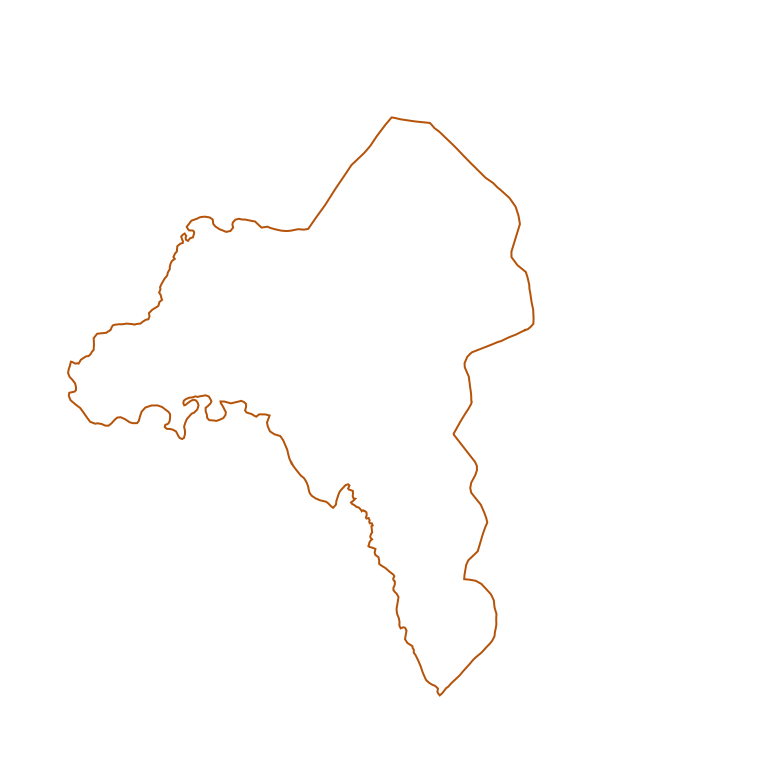 Korogwe Township Authority, Tanga, United Republic of Tanzania (Mercator projection), rotated 132°
{"feature_id": "72390352B41893572728253", "entity_name": "Korogwe Township Authority", "entity_type": "district", "adm_level": 2, "iso_a3": "TZA", "parent_name": "United Republic of Tanzania", "parent_adm1": "Tanga", "projection": "mercator", "projection_center": [38.503, -5.145], "detail": "fine", "context": "isolated", "style": "outline", "palette": "amber", "viewbox_px": 768, "rotation_deg": 132, "n_neighbors": 0, "source": "geoboundaries", "source_scale": "gbopen_adm2", "svg_char_len": 6130}
<svg xmlns="http://www.w3.org/2000/svg" viewBox="0 0 768 768"><g transform="rotate(132 384 384)"><path d="M576.9,631.6L581.0,629.4L583.4,628.5L587.2,626.2L589.1,622.4L589.4,618.4L590.2,614.1L592.3,610.9L594.7,608.8L596.6,608.8L601.1,612.0L603.7,610.3L605.8,606.0L605.6,599.5L605.1,593.7L606.2,588.6L607.7,582.1L608.7,577.1L606.8,572.1L604.9,570.6L603.2,567.9L602.7,567.2L601.5,563.4L599.3,560.8L595.6,560.2L590.7,560.2L587.5,559.8L584.9,557.5L583.4,552.8L582.6,547.3L581.1,544.3L578.3,541.3L575.5,541.5L571.3,543.7L566.8,545.6L561.2,545.6L555.5,542.4L551.4,537.9L549.5,533.3L549.3,529.4L548.9,525.8L549.5,522.9L552.1,520.5L554.2,519.0L556.3,518.0L558.7,518.0L560.6,519.2L562.7,518.2L562.7,515.4L560.6,512.9L559.3,510.5L558.4,506.9L560.2,502.1L560.8,499.9L560.0,497.2L557.8,496.6L554.4,498.4L552.1,500.4L549.5,504.0L545.4,505.9L541.6,507.1L534.8,507.1L532.2,505.9L527.8,505.7L523.9,507.6L522.6,509.9L522.0,512.7L523.1,515.0L525.8,516.3L529.7,517.1L532.4,517.5L533.5,518.2L532.6,520.3L530.3,521.6L528.0,521.2L524.6,519.7L522.4,517.6L519.4,515.9L518.4,514.0L515.6,512.0L511.7,508.9L510.5,505.7L511.7,502.1L512.4,500.6L514.9,499.9L517.9,500.1L521.1,500.6L523.7,498.2L525.2,495.3L527.5,492.7L527.8,489.7L525.4,486.6L523.5,483.8L519.9,481.9L516.7,480.6L513.0,481.1L510.7,482.7L509.8,485.3L508.5,488.5L507.9,490.6L507.5,492.3L506.4,493.8L503.9,491.0L500.9,484.9L494.5,480.4L492.1,478.9L491.1,476.0L491.1,473.2L493.4,471.1L496.6,469.6L497.2,467.2L496.0,464.5L494.9,462.4L494.5,459.8L493.8,457.1L490.0,456.4L486.0,451.8L484.0,447.9L490.9,445.2L493.4,441.8L495.5,437.1L494.7,431.8L492.1,426.3L493.2,421.4L497.5,412.1L500.5,407.8L502.6,404.6L504.7,400.1L504.3,400.2L505.7,396.3L506.0,394.8L506.9,389.5L507.7,384.6L507.5,380.4L508.6,376.4L510.7,372.1L513.3,368.7L514.9,366.0L515.4,362.6L514.7,358.1L513.2,353.7L510.3,348.3L510.0,345.8L510.3,341.1L510.1,339.0L505.8,339.0L502.8,341.1L497.0,343.7L493.2,345.0L490.2,345.0L484.9,344.9L482.5,343.5L482.5,341.8L485.7,340.7L486.0,339.7L485.1,337.7L484.3,335.6L486.0,333.9L488.3,332.2L489.4,330.1L488.5,328.6L490.7,328.6L494.1,329.3L494.5,327.6L493.8,324.6L493.8,322.4L492.6,319.7L493.0,316.7L493.4,315.4L492.4,315.4L491.8,314.9L491.8,313.8L491.3,313.5L491.1,311.2L493.0,309.1L495.3,308.1L495.7,307.0L493.9,305.7L494.9,303.5L496.4,302.7L497.0,301.3L495.7,299.8L496.7,297.7L498.1,298.2L499.7,296.3L502.3,293.4L503.8,293.4L506.5,292.2L507.3,291.1L507.4,288.9L509.5,289.2L511.9,288.7L513.0,287.8L514.9,287.2L514.8,285.7L513.5,283.3L512.3,280.0L514.0,279.0L515.4,278.3L516.8,276.1L516.4,272.2L518.7,269.1L520.9,267.3L520.8,265.0L519.8,259.7L519.8,254.9L519.4,249.3L520.0,247.6L522.4,247.0L523.4,245.7L523.4,243.9L525.7,241.9L527.5,241.1L529.0,240.7L530.9,239.1L531.3,236.7L531.4,234.1L532.6,230.7L535.0,229.1L542.6,224.3L545.8,220.9L548.3,216.0L550.6,213.1L552.4,211.7L553.4,210.7L554.4,208.1L552.0,207.0L551.1,205.4L551.9,202.8L552.3,202.5L552.3,202.2L556.2,199.8L559.6,197.6L560.8,193.3L559.8,187.5L561.0,186.1L561.5,184.1L563.9,181.9L564.2,179.6L566.6,173.5L569.5,167.4L572.3,162.5L573.9,159.1L575.8,154.7L575.9,150.7L575.3,147.4L574.1,143.9L574.2,140.1L576.7,138.6L577.6,137.3L578.1,134.2L574.8,133.8L568.6,134.3L565.8,133.7L561.7,133.8L550.1,132.8L544.5,133.0L534.1,133.0L529.1,133.2L524.9,132.8L518.2,131.8L511.2,131.8L506.0,131.6L502.4,131.8L497.5,133.1L494.4,135.4L490.1,137.9L487.4,139.7L483.4,143.5L479.6,146.6L476.2,152.2L471.4,157.5L469.2,162.4L468.6,164.7L468.2,168.8L467.4,177.9L468.9,184.2L472.4,189.8L475.4,193.8L472.2,196.3L463.4,201.9L458.6,203.4L445.6,202.4L429.7,210.0L422.5,213.0L417.9,214.5L415.2,218.3L412.4,223.6L408.9,231.4L407.4,240.7L406.4,246.5L403.6,250.3L399.1,253.1L390.3,255.3L385.8,257.3L382.8,260.1L381.0,264.1L379.8,271.0L377.0,286.8L375.0,297.9L374.2,299.1L373.8,299.1L360.2,302.2L352.1,303.7L346.2,304.6L340.4,305.9L338.4,307.0L338.3,307.7L338.1,307.8L333.8,311.9L333.4,312.4L332.2,313.7L328.5,318.1L321.8,325.9L317.5,335.2L314.7,338.0L308.2,340.3L303.3,340.1L301.5,339.8L281.3,329.7L276.6,327.5L274.0,325.8L266.1,322.6L258.9,319.0L252.3,316.4L250.4,315.5L250.0,315.7L249.4,315.4L249.6,315.1L246.7,313.7L242.9,313.2L239.3,313.3L235.0,316.9L233.0,318.9L232.6,319.1L232.3,319.6L229.0,322.8L224.5,329.0L219.1,335.5L215.7,339.9L213.2,342.3L208.9,348.4L205.9,353.5L206.4,364.4L204.4,374.2L200.3,377.9L174.2,390.0L168.9,396.7L164.2,404.8L161.8,415.2L161.8,428.3L162.0,431.3L161.6,437.2L162.8,446.3L162.2,459.2L162.1,460.1L161.9,465.7L161.4,474.1L160.2,490.1L159.5,512.0L160.1,517.5L159.5,522.1L159.3,524.6L168.3,536.9L176.2,548.8L179.1,554.1L180.8,556.7L190.6,556.4L204.7,555.2L216.2,553.5L225.4,553.3L243.1,554.7L254.8,553.0L271.5,550.7L290.4,547.5L306.4,545.8L319.4,544.1L322.8,546.7L326.3,551.3L332.6,556.0L335.6,558.8L338.8,563.0L341.9,568.5L344.0,572.7L345.1,575.9L349.7,579.7L349.7,582.9L349.5,588.5L351.7,592.1L354.7,597.2L357.0,599.9L358.3,602.4L361.3,604.4L365.1,604.4L367.0,603.3L368.7,600.8L373.0,600.5L376.6,603.1L377.9,606.9L379.0,609.7L379.8,614.8L379.2,618.1L376.4,621.3L376.8,624.9L379.6,629.2L381.9,631.3L383.7,632.6L386.6,633.7L389.6,635.4L391.6,636.4L393.7,636.2L399.2,635.8L399.9,633.9L400.3,631.7L397.9,628.8L397.9,627.3L398.6,626.2L402.8,624.1L404.8,625.2L405.4,625.6L406.9,625.6L408.8,625.4L409.3,627.7L408.0,629.4L406.3,630.0L405.6,632.8L407.8,633.4L410.1,633.4L411.6,630.9L412.4,629.0L413.9,627.9L415.9,629.2L419.9,629.8L424.2,626.6L426.9,626.6L430.6,625.4L431.0,623.2L434.4,623.9L437.0,623.3L440.0,621.8L441.9,620.1L445.9,619.2L448.5,617.7L452.8,617.5L458.7,616.2L461.9,615.2L463.2,613.5L466.6,612.2L467.2,609.7L468.1,608.2L468.9,607.3L470.0,605.2L473.4,605.8L475.1,604.8L477.1,603.9L480.9,605.0L483.7,605.9L488.6,606.1L490.7,603.5L493.5,602.4L493.9,602.6L495.4,603.9L499.2,605.0L502.0,605.4L505.4,608.4L506.7,609.0L507.6,610.7L507.7,610.8L511.5,615.9L513.9,617.7L515.2,619.0L517.1,621.1L520.1,623.7L521.8,624.7L524.0,624.4L526.4,623.4L527.6,623.7L527.9,623.5L529.6,624.2L531.7,624.6L535.8,628.3L538.6,630.8L544.3,630.4L545.0,629.6L548.8,625.9L552.9,622.6L555.9,622.6L557.6,622.0L560.9,622.2L562.8,623.9L568.7,625.5L573.2,624.6L573.9,626.0L575.2,626.7L575.9,628.8L576.1,630.2L576.9,631.6Z" fill="none" stroke="#b45309" stroke-width="2"/></g></svg>